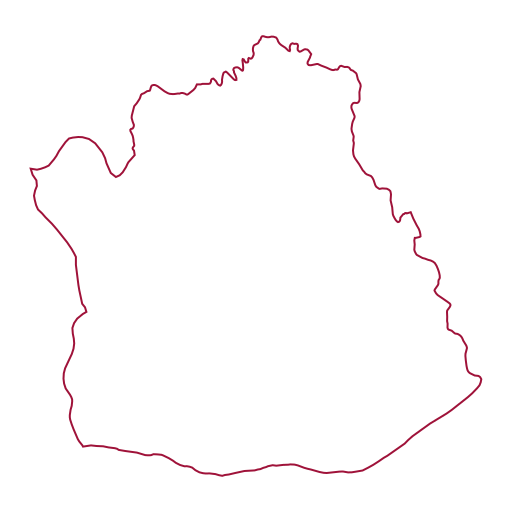 the district of Adi Tekeliezan, Anseba, Eritrea, rotated 180°
{"feature_id": "51966322B26692993849308", "entity_name": "Adi Tekeliezan", "entity_type": "district", "adm_level": 2, "iso_a3": "ERI", "parent_name": "Eritrea", "parent_adm1": "Anseba", "projection": "natural_earth1", "projection_center": [38.763, 15.608], "detail": "fine", "context": "isolated", "style": "outline", "palette": "rose", "viewbox_px": 512, "rotation_deg": 180, "n_neighbors": 0, "source": "geoboundaries", "source_scale": "gbopen_adm2", "svg_char_len": 6000}
<svg xmlns="http://www.w3.org/2000/svg" viewBox="0 0 512 512"><g transform="rotate(180 256 256)"><path d="M429.0,65.4L421.0,66.6L415.5,66.0L408.8,65.7L403.5,64.6L397.1,63.8L394.9,63.2L393.3,62.1L386.8,61.0L375.1,59.4L366.8,56.9L363.9,56.7L361.1,56.8L358.5,57.8L354.4,57.6L350.5,57.2L348.9,56.6L343.3,53.9L339.0,51.3L336.2,49.2L331.9,47.0L327.5,45.7L325.2,45.8L322.4,45.3L319.8,44.4L316.6,41.8L312.6,39.7L309.0,38.8L306.1,38.5L302.5,38.6L296.6,37.9L292.9,36.8L289.7,36.2L287.1,37.0L283.2,37.5L276.8,39.0L267.6,41.0L257.3,41.6L254.2,42.5L251.6,42.9L248.6,44.2L246.0,44.9L244.0,45.8L239.3,46.8L235.7,46.3L228.9,47.1L223.7,47.3L221.6,47.6L217.4,47.4L214.2,46.6L207.8,44.2L204.3,43.2L201.2,42.5L192.4,40.0L188.4,39.2L185.3,39.0L172.4,40.4L169.1,40.5L163.9,39.6L160.2,39.7L156.4,40.3L149.4,41.5L143.9,44.3L138.7,47.2L133.4,50.6L128.2,54.2L124.7,56.2L117.0,61.6L107.3,68.4L103.9,71.9L99.5,75.8L82.0,88.4L65.5,98.4L60.4,102.0L44.2,114.8L39.8,118.7L34.8,123.9L32.5,126.7L31.3,129.7L30.7,132.8L31.8,134.8L32.6,135.5L33.7,136.1L37.3,136.5L42.0,138.8L43.1,139.7L43.9,140.7L44.5,141.9L45.0,143.7L45.5,146.2L46.2,151.6L46.6,156.1L46.5,158.3L45.1,163.6L45.1,164.6L45.7,166.4L48.7,171.3L49.6,173.5L50.4,174.9L51.6,176.3L53.3,177.5L54.5,178.1L56.6,178.4L57.3,178.7L60.3,181.3L63.4,182.4L64.1,183.1L64.5,184.3L64.4,188.3L64.9,190.9L64.8,195.2L65.0,200.1L64.8,201.5L62.3,204.9L61.8,205.9L61.5,206.9L61.7,207.7L62.4,208.6L64.4,210.1L74.3,216.9L75.9,218.6L77.5,221.4L77.2,222.5L74.1,226.9L73.6,228.2L73.6,230.6L73.4,231.9L72.4,233.5L72.2,234.5L72.3,236.6L73.0,239.8L74.1,243.0L75.5,246.3L77.2,249.0L79.0,250.4L81.3,251.5L84.0,252.2L87.1,253.4L89.5,254.0L95.2,257.1L95.9,258.0L97.2,260.5L97.7,262.2L97.3,267.5L97.7,271.5L97.2,274.1L96.3,274.1L92.4,275.0L91.5,275.6L91.6,277.6L92.3,280.7L93.2,283.1L95.3,286.7L98.7,293.4L101.3,299.8L105.2,298.6L105.9,299.0L106.9,298.9L107.6,298.1L108.7,297.9L111.6,294.4L111.7,293.2L112.0,291.4L112.8,290.3L114.0,289.9L115.1,290.6L116.3,292.0L117.4,293.8L118.7,296.3L119.2,297.9L119.8,304.7L121.4,311.6L121.0,317.6L121.4,319.9L121.7,320.9L122.3,321.5L123.2,322.3L125.2,323.3L129.8,323.6L132.4,323.1L133.2,323.4L135.6,325.1L136.3,326.1L136.8,327.1L138.5,332.2L139.8,334.6L141.1,336.0L145.2,337.6L146.7,338.7L147.8,340.2L149.2,341.6L152.8,347.7L156.8,353.4L158.0,355.6L158.6,357.7L159.0,361.6L158.2,368.3L158.2,369.2L158.8,371.5L158.3,375.3L158.5,376.4L160.1,380.5L160.4,382.2L160.5,383.5L159.8,388.3L159.2,390.5L157.7,393.8L157.4,394.9L157.4,395.9L160.3,403.0L160.6,404.2L160.6,405.4L160.5,406.4L159.9,407.6L158.8,408.9L157.7,409.2L155.0,409.0L153.9,409.5L153.2,410.3L152.7,411.3L152.4,412.8L152.6,419.9L151.3,425.8L151.5,427.3L151.7,428.1L154.1,432.6L155.4,437.9L156.0,438.9L159.2,441.4L161.0,442.0L161.6,442.6L162.6,444.1L163.3,444.6L164.8,445.1L167.4,445.0L170.8,446.2L171.9,445.9L172.8,444.9L174.1,442.7L175.0,442.3L176.8,442.5L178.0,442.0L179.0,441.9L180.2,442.1L182.1,442.8L185.5,444.4L190.8,446.4L194.2,448.0L195.2,448.0L200.9,446.8L202.3,446.8L203.4,447.0L204.2,447.9L204.5,448.7L204.3,450.1L202.0,454.5L201.8,455.4L200.8,457.9L203.6,461.6L204.6,462.4L206.9,462.8L207.9,462.5L211.4,460.5L212.5,460.3L213.6,461.2L214.3,462.1L214.4,463.7L214.1,465.3L214.0,466.4L214.6,467.9L215.9,468.3L217.7,468.1L219.6,468.7L220.4,468.3L221.1,467.8L221.7,466.8L222.2,465.3L222.3,464.1L221.9,462.0L222.3,460.9L223.6,461.3L226.7,464.3L230.7,466.9L232.1,468.1L232.8,468.9L233.9,470.6L234.5,472.4L235.3,473.7L236.0,474.5L238.5,475.3L240.4,475.4L243.0,474.8L244.9,474.8L246.8,475.2L248.2,475.7L249.4,475.8L250.2,475.5L250.8,474.6L251.7,472.2L252.4,471.8L253.4,469.6L254.2,468.6L257.3,467.1L258.1,466.5L258.5,465.8L259.0,464.0L259.1,462.8L259.0,461.0L258.3,458.9L258.4,457.1L259.6,454.5L260.4,453.6L261.2,453.3L263.2,454.0L263.7,453.4L263.8,450.3L264.4,449.6L266.2,449.5L267.0,450.3L268.3,452.6L269.3,452.9L269.6,451.8L269.2,448.9L268.8,444.5L268.9,442.4L269.1,441.6L269.5,441.3L270.1,441.5L272.8,443.8L273.8,444.4L274.7,444.7L275.8,444.7L277.0,444.4L278.0,443.9L278.5,443.0L278.7,442.1L278.0,440.7L278.0,439.6L276.3,436.0L275.6,433.8L275.6,432.1L276.7,431.9L277.4,432.1L278.3,432.8L284.9,439.5L286.2,440.4L288.2,439.4L288.6,438.7L289.4,435.9L290.0,432.2L289.9,430.2L290.2,428.7L290.9,427.2L291.8,426.4L292.6,426.6L293.7,427.3L294.5,428.1L296.0,430.8L298.6,433.4L299.7,433.2L300.5,432.6L301.0,431.6L301.0,430.5L301.5,429.3L302.2,428.4L303.7,428.1L309.6,428.1L311.4,427.6L315.1,427.6L316.8,424.0L318.6,422.0L323.9,417.8L324.8,417.4L325.6,417.5L327.2,418.4L329.3,419.0L330.8,419.0L332.6,418.4L334.0,418.5L337.3,418.0L339.1,417.9L342.4,418.2L344.3,418.9L347.5,420.7L354.4,425.8L356.0,426.6L357.2,427.0L358.5,427.0L359.3,426.8L360.1,426.5L360.7,425.8L361.3,424.2L361.9,422.0L362.3,421.3L364.9,420.8L368.0,418.8L370.1,418.0L371.0,417.1L371.9,414.3L372.6,412.8L375.3,408.7L377.8,405.8L380.2,396.4L380.4,394.1L379.3,390.2L378.1,387.1L378.2,385.8L378.7,384.4L379.5,383.4L380.9,383.1L381.7,382.2L381.6,381.0L380.0,377.8L379.3,376.1L378.9,374.4L378.5,371.9L378.5,370.8L377.8,367.4L377.8,366.2L379.0,364.7L379.4,363.8L379.1,362.7L378.0,361.4L377.3,356.9L383.6,349.8L384.4,348.4L386.0,344.9L389.3,339.7L392.3,336.7L396.1,335.0L401.2,339.0L405.5,348.7L406.9,353.8L409.7,359.7L416.8,368.7L423.0,373.0L429.5,374.8L433.8,375.0L439.2,374.4L443.0,373.5L446.5,369.9L453.0,360.9L455.6,356.1L458.0,352.7L463.3,346.4L466.9,344.7L471.2,343.2L475.0,342.3L481.3,343.3L479.4,337.2L475.6,331.6L475.1,326.0L476.9,321.5L478.0,316.3L477.2,311.9L475.9,306.8L474.0,302.5L469.9,298.6L466.6,294.8L460.1,288.3L455.0,282.4L444.9,269.7L440.5,263.2L438.1,259.0L436.1,255.1L436.1,247.1L433.6,227.1L432.7,221.7L429.8,208.2L427.0,204.7L425.6,200.1L429.2,198.0L434.8,193.4L437.9,188.9L439.6,184.0L439.2,178.4L438.2,173.3L437.8,168.5L438.5,163.2L440.2,158.0L446.9,143.7L448.2,138.7L448.5,133.3L447.9,128.4L446.3,123.5L442.0,117.3L440.7,114.9L439.9,112.7L439.8,110.8L440.3,106.1L441.4,102.3L442.2,96.9L442.2,94.7L441.8,92.3L440.3,87.7L438.4,82.7L434.2,72.9L432.8,70.6L429.6,66.6L429.0,65.4Z" fill="none" stroke="#9f1239" stroke-width="2"/></g></svg>